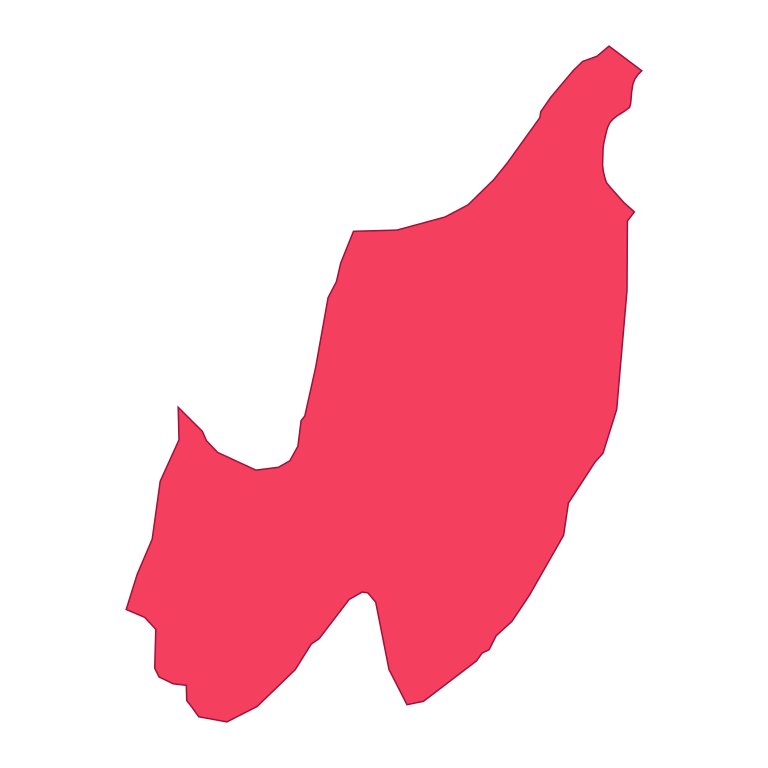 the district of San Juan La Laguna, Sololá, Guatemala
{"feature_id": "79465075B17327710580812", "entity_name": "San Juan La Laguna", "entity_type": "district", "adm_level": 2, "iso_a3": "GTM", "parent_name": "Guatemala", "parent_adm1": "Sololá", "projection": "natural_earth1", "projection_center": [-91.312, 14.674], "detail": "fine", "context": "isolated", "style": "filled", "palette": "rose", "viewbox_px": 768, "rotation_deg": 0, "n_neighbors": 0, "source": "geoboundaries", "source_scale": "gbopen_adm2", "svg_char_len": 1213}
<svg xmlns="http://www.w3.org/2000/svg" viewBox="0 0 768 768"><path d="M407.0,704.7L423.5,701.3L476.5,660.9L482.1,653.1L489.1,649.7L496.2,635.7L512.0,621.3L529.5,595.1L563.6,535.3L568.4,503.1L594.9,462.3L603.0,453.2L616.7,409.4L627.0,290.6L627.4,221.0L634.4,211.9L624.1,202.8L610.6,187.7L606.6,182.8L605.3,179.3L603.4,171.7L602.6,165.2L602.8,157.2L603.1,148.2L603.8,143.1L606.3,132.1L607.5,127.7L610.0,122.4L613.1,119.0L617.4,115.6L623.7,111.7L629.6,107.4L630.7,103.2L631.1,98.8L631.6,92.4L632.9,84.1L635.0,78.8L638.2,74.3L641.8,70.8L609.0,46.1L596.9,56.3L582.7,61.4L573.3,70.5L550.8,97.2L540.8,111.6L539.8,117.7L507.4,162.8L493.8,179.6L468.1,204.8L445.0,217.0L396.8,230.1L353.5,231.3L340.7,263.1L336.4,281.7L328.1,297.6L315.6,367.6L304.8,416.0L301.1,420.6L297.9,446.2L289.8,460.8L278.4,467.3L255.8,470.1L217.6,452.4L206.4,440.6L202.4,431.4L178.2,407.3L179.0,439.8L160.2,481.3L152.2,539.1L137.2,574.3L126.2,609.5L144.6,617.3L155.8,629.3L154.7,668.2L159.1,677.0L173.2,683.8L186.3,685.3L186.7,700.6L191.6,706.8L198.8,716.8L226.9,721.9L257.2,706.4L295.2,669.7L311.3,644.0L319.1,638.7L349.2,599.4L362.1,592.1L367.8,592.8L375.7,602.2L389.0,669.5L407.0,704.7Z" fill="#f43f5e" stroke="#9f1239" stroke-width="1.5"/></svg>